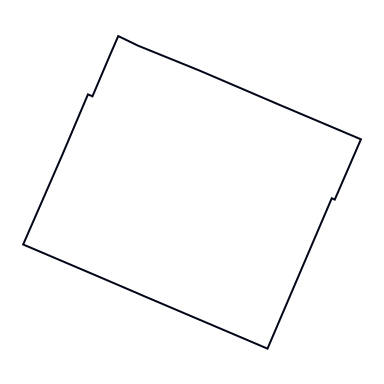 outline of Allen, Kansas, United States of America, rotated 203°
{"feature_id": "52423323B72287121319194", "entity_name": "Allen", "entity_type": "district", "adm_level": 2, "iso_a3": "USA", "parent_name": "United States of America", "parent_adm1": "Kansas", "projection": "natural_earth1", "projection_center": [-95.246, 37.885], "detail": "fine", "context": "isolated", "style": "outline", "palette": "ink", "viewbox_px": 384, "rotation_deg": 203, "n_neighbors": 0, "source": "geoboundaries", "source_scale": "gbopen_adm2", "svg_char_len": 350}
<svg xmlns="http://www.w3.org/2000/svg" viewBox="0 0 384 384"><g transform="rotate(203 192 192)"><path d="M320.8,306.7L321.0,285.0L321.0,241.2L325.9,241.2L325.9,175.9L326.9,77.7L238.3,77.6L193.6,77.4L61.3,77.3L60.9,240.8L57.6,240.8L57.1,306.5L145.6,306.4L232.9,306.7L298.6,305.6L320.8,306.7Z" fill="none" stroke="#020617" stroke-width="2"/></g></svg>